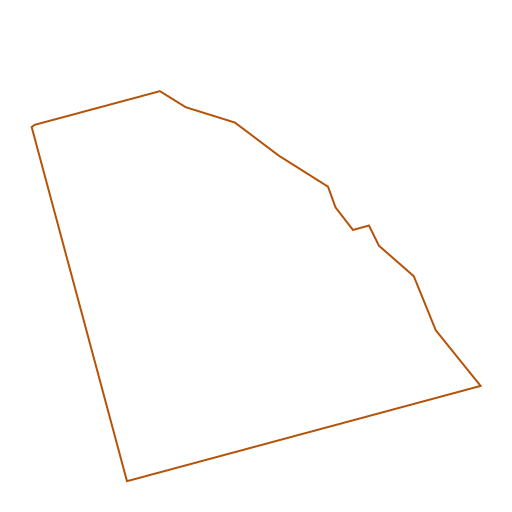 Polk, Nebraska, United States of America, rotated 75°
{"feature_id": "52423323B76497945553025", "entity_name": "Polk", "entity_type": "district", "adm_level": 2, "iso_a3": "USA", "parent_name": "United States of America", "parent_adm1": "Nebraska", "projection": "equal_earth", "projection_center": [-97.618, 41.222], "detail": "fine", "context": "isolated", "style": "outline", "palette": "amber", "viewbox_px": 512, "rotation_deg": 75, "n_neighbors": 0, "source": "geoboundaries", "source_scale": "gbopen_adm2", "svg_char_len": 352}
<svg xmlns="http://www.w3.org/2000/svg" viewBox="0 0 512 512"><g transform="rotate(75 256 256)"><path d="M440.1,438.9L439.6,72.7L374.2,101.6L316.4,108.8L277.9,134.6L255.8,139.0L255.9,155.6L229.7,166.6L207.7,168.5L165.0,208.0L121.7,241.8L94.1,285.4L71.9,306.2L72.0,435.6L73.3,439.3L440.1,438.9Z" fill="none" stroke="#b45309" stroke-width="2"/></g></svg>